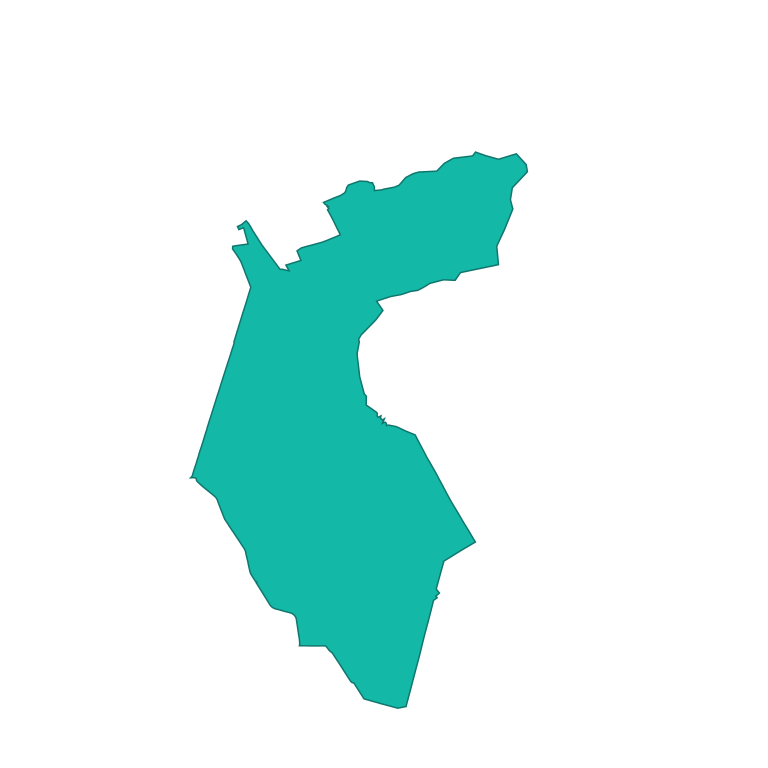 the district of Gustavo A. Madero, Distrito Federal, Mexico, rotated 37°
{"feature_id": "50627088B27895392643448", "entity_name": "Gustavo A. Madero", "entity_type": "district", "adm_level": 2, "iso_a3": "MEX", "parent_name": "Mexico", "parent_adm1": "Distrito Federal", "projection": "albers", "projection_center": [-99.115, 19.519], "detail": "fine", "context": "isolated", "style": "filled", "palette": "teal", "viewbox_px": 768, "rotation_deg": 37, "n_neighbors": 0, "source": "geoboundaries", "source_scale": "gbopen_adm2", "svg_char_len": 5402}
<svg xmlns="http://www.w3.org/2000/svg" viewBox="0 0 768 768"><g transform="rotate(37 384 384)"><path d="M286.0,575.3L288.2,573.5L288.5,573.2L289.3,572.8L290.0,572.6L290.6,572.6L291.0,572.7L291.5,573.0L292.0,573.5L292.4,573.9L292.8,574.0L293.2,574.1L293.8,574.3L299.1,574.9L301.2,575.0L304.9,575.2L309.5,575.3L313.5,575.5L315.9,575.6L317.2,575.7L317.7,575.8L318.9,576.1L319.6,576.4L320.5,576.8L321.9,577.8L325.3,579.9L327.0,581.0L328.6,582.0L331.7,583.9L336.4,586.8L338.3,587.9L338.9,588.1L342.1,589.2L345.3,590.4L348.1,591.4L351.2,592.5L352.6,592.9L354.0,593.4L355.6,594.0L356.1,594.1L356.3,594.2L356.6,594.4L357.0,594.5L362.8,596.5L367.1,598.1L368.7,598.6L368.9,598.7L371.4,599.6L372.0,599.8L372.6,600.1L372.8,600.2L373.2,600.5L373.6,600.7L373.9,600.9L377.6,604.1L381.4,607.2L382.5,608.1L383.8,609.4L384.2,609.7L385.5,610.8L388.4,613.3L389.5,614.2L390.4,614.9L391.0,615.3L391.3,615.5L391.8,615.8L392.4,616.1L392.7,616.2L399.0,618.6L400.8,619.2L401.0,618.7L401.6,618.9L402.1,619.2L402.0,619.8L403.6,620.4L406.4,621.5L412.1,623.7L419.1,626.4L423.4,628.1L424.3,628.4L424.6,628.5L426.0,629.1L426.3,629.2L427.2,629.4L428.2,629.5L429.0,629.6L429.3,629.6L430.0,629.5L431.5,629.3L431.8,629.2L434.7,628.0L439.4,626.2L442.4,625.0L444.5,624.1L446.7,623.2L448.0,622.8L448.5,622.7L449.2,622.6L450.2,622.6L451.2,622.6L451.9,622.7L452.8,623.0L453.6,623.3L454.4,623.7L454.7,623.9L455.5,624.6L456.1,625.1L457.2,626.3L457.9,626.9L465.2,634.1L468.2,637.1L469.0,637.7L470.4,639.2L471.3,640.2L472.7,641.7L473.5,643.0L474.0,644.0L480.1,639.4L483.9,636.7L485.0,635.8L488.8,633.0L492.9,629.8L494.1,628.9L495.0,628.4L496.0,628.5L497.0,628.7L500.3,629.7L501.1,629.8L502.4,629.9L504.4,629.9L508.1,631.2L513.3,633.1L513.8,633.2L516.5,634.2L532.1,640.0L536.3,641.5L536.6,641.6L537.0,641.6L537.6,641.7L538.0,641.6L539.0,641.4L540.4,640.9L540.9,641.3L549.5,644.5L557.5,647.5L564.4,644.8L567.1,643.8L569.5,642.8L571.9,641.9L574.1,641.1L578.4,639.3L580.3,638.6L583.1,637.4L585.7,636.4L587.7,635.6L590.1,634.6L591.2,633.4L591.9,632.6L592.2,632.3L593.6,630.7L594.9,629.2L595.8,628.3L595.7,628.1L595.0,626.7L592.9,621.5L590.2,614.8L586.7,606.3L584.9,601.9L581.0,592.4L576.7,581.7L574.6,576.7L572.2,571.2L567.0,559.0L562.3,547.3L559.0,539.3L556.8,534.1L553.8,527.0L555.1,522.7L553.0,522.2L554.1,517.6L549.8,516.6L549.3,516.2L548.8,515.6L544.3,504.3L542.5,499.8L538.8,490.3L538.3,489.7L541.8,480.7L545.2,471.9L547.9,465.3L552.1,455.2L547.6,453.4L541.8,451.0L536.8,449.0L534.2,448.0L529.2,446.0L522.1,443.0L511.2,438.6L507.3,437.0L505.0,435.9L499.2,433.3L494.6,431.1L490.1,429.0L485.5,426.9L479.8,424.2L471.7,420.7L466.6,418.5L463.5,417.3L461.4,416.3L453.7,412.6L445.5,408.8L439.5,405.9L433.5,407.5L428.8,408.7L426.1,409.2L419.3,410.7L412.3,414.1L410.9,415.7L410.6,415.3L410.2,414.7L409.9,414.4L409.2,414.1L408.7,413.7L408.2,413.7L407.5,414.3L407.2,414.6L407.0,415.0L406.3,416.4L406.0,415.2L405.8,414.2L405.6,412.8L405.2,411.6L405.0,412.2L404.5,413.6L401.8,413.5L401.7,413.2L401.4,412.6L400.7,411.3L400.1,412.6L399.8,413.2L399.1,414.2L397.6,413.6L396.5,411.6L395.3,411.1L382.4,411.5L377.3,404.4L374.1,403.7L360.3,392.9L350.6,382.7L345.9,377.9L343.9,375.3L341.1,369.6L339.0,365.4L338.9,365.2L338.5,364.8L337.7,364.3L336.8,363.5L336.2,358.7L338.9,337.9L338.9,325.9L328.2,322.3L330.4,319.1L336.3,310.6L338.7,307.9L343.6,302.6L345.6,299.9L349.5,294.1L354.5,289.0L357.0,283.9L360.2,275.9L362.4,273.1L368.8,265.0L378.4,258.4L378.0,249.1L380.9,245.7L393.1,231.8L403.6,219.8L391.1,206.1L389.2,197.2L387.3,188.2L381.6,166.7L374.1,160.8L368.4,150.1L370.8,128.2L365.5,123.2L356.5,121.5L351.2,120.5L340.2,135.6L335.6,137.4L327.7,140.5L317.5,143.7L317.5,148.5L313.9,152.0L303.6,161.9L299.4,171.4L298.0,182.3L295.2,184.6L284.2,193.8L280.6,198.6L277.1,206.0L276.4,216.1L273.7,220.7L266.4,228.7L265.7,230.0L260.0,235.3L257.6,232.3L253.6,230.2L251.8,231.6L248.8,232.3L242.4,236.6L235.8,246.6L236.0,249.7L236.9,251.6L237.6,254.8L235.8,259.6L231.8,266.1L226.4,275.4L229.2,276.0L230.2,275.7L230.5,275.6L231.1,275.5L231.9,275.6L232.1,275.6L231.6,276.0L231.5,276.4L231.9,276.5L234.3,277.0L234.0,278.8L239.5,281.3L245.0,283.9L248.9,285.9L252.8,287.9L259.3,291.1L256.4,296.3L254.9,298.7L251.8,304.0L249.2,308.1L245.1,313.4L242.7,316.5L239.2,320.9L236.0,325.2L234.4,330.0L239.5,333.1L243.3,335.3L239.8,340.2L234.1,348.1L239.0,350.2L240.1,350.8L233.3,353.8L232.2,355.0L223.8,352.6L215.4,350.1L208.4,348.1L203.6,346.7L200.0,345.4L194.5,343.3L187.9,340.9L182.2,338.4L180.6,337.9L179.2,337.3L177.6,337.0L175.6,336.7L174.5,341.4L174.7,341.7L172.2,346.4L175.2,348.0L177.8,343.7L178.2,343.9L181.1,346.2L184.2,348.6L187.1,350.8L189.9,353.0L191.2,354.0L187.9,357.3L181.7,363.5L180.3,365.1L181.8,367.3L187.2,369.0L193.0,371.1L195.9,372.3L203.3,376.8L206.5,378.9L213.5,383.2L219.4,386.9L221.9,393.8L225.2,402.8L228.7,412.8L231.0,419.1L233.2,425.3L236.9,435.4L238.8,440.7L239.6,441.2L240.9,444.9L241.5,446.8L243.8,453.2L248.9,468.0L252.8,479.2L253.0,479.8L256.8,490.4L257.8,493.5L258.9,496.5L261.3,503.3L263.9,510.6L264.9,513.4L266.8,518.9L267.4,520.5L269.0,525.1L269.3,525.6L270.0,527.5L270.4,528.7L271.0,530.5L271.3,531.2L272.0,533.3L272.2,533.7L272.8,535.4L273.4,537.1L274.1,538.9L274.8,541.0L276.1,544.6L276.7,546.6L277.5,548.9L278.1,550.6L278.9,552.6L279.6,554.3L280.1,556.0L280.2,556.3L280.8,557.8L281.5,559.7L281.8,560.5L282.6,562.8L282.7,563.2L284.1,567.4L285.8,571.8L286.2,573.1L286.2,574.0L286.0,575.3Z" fill="#14b8a6" stroke="#0f766e" stroke-width="1.5"/></g></svg>